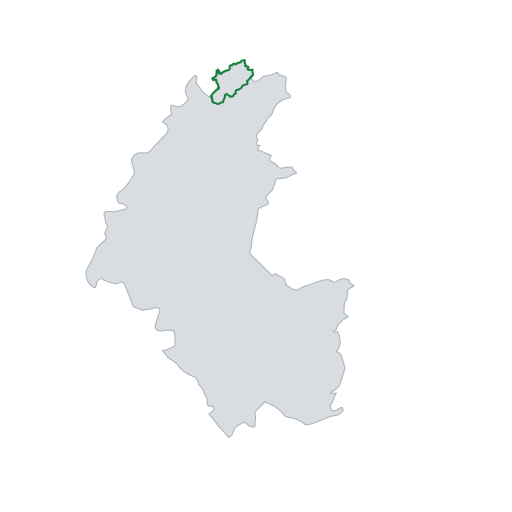 Lola, Lola, Guinea shown in context, rotated 225°
{"feature_id": "49546643B14657084308206", "entity_name": "Lola", "entity_type": "district", "adm_level": 2, "iso_a3": "GIN", "parent_name": "Guinea", "parent_adm1": "Lola", "projection": "natural_earth1", "projection_center": [-8.248, 8.016], "detail": "medium", "context": "in_parent", "style": "outline", "palette": "green", "viewbox_px": 512, "rotation_deg": 225, "n_neighbors": 0, "source": "geoboundaries", "source_scale": "gbopen_adm2", "svg_char_len": 5605}
<svg xmlns="http://www.w3.org/2000/svg" viewBox="0 0 512 512"><g transform="rotate(225 256 256)"><path d="M306.0,335.0L302.5,334.4L300.9,335.2L296.1,341.6L293.3,344.1L288.8,343.3L287.2,343.8L286.1,343.1L287.7,339.5L290.0,332.5L295.8,325.5L295.9,324.0L293.6,319.9L291.1,314.3L291.1,308.3L290.6,303.9L285.5,302.7L284.5,302.0L284.4,300.5L287.3,293.0L287.5,291.5L287.2,290.1L284.0,286.3L279.1,279.2L270.6,264.6L267.5,261.6L264.5,257.1L263.3,254.3L260.2,253.3L230.5,253.5L230.0,257.3L219.8,259.8L213.5,256.9L206.5,258.6L203.1,260.5L200.4,269.0L199.0,270.9L197.4,274.7L196.1,276.8L194.5,281.0L191.2,286.9L187.7,290.8L181.7,292.9L179.9,299.2L178.5,301.5L176.2,303.4L173.7,304.6L168.9,303.3L166.2,304.5L165.7,302.9L167.3,297.9L166.1,295.3L161.4,290.1L161.0,287.6L159.6,284.4L153.5,277.8L147.7,278.2L149.4,272.6L149.3,265.2L147.4,261.1L147.9,257.0L146.8,257.2L144.9,260.1L141.8,259.2L135.6,254.8L132.5,250.5L132.1,246.9L131.5,245.4L129.5,246.2L125.6,246.1L113.7,239.7L105.3,223.3L105.2,219.7L106.4,213.3L106.2,211.6L102.2,215.8L101.5,213.0L98.6,206.5L97.7,202.7L94.9,201.0L92.6,200.7L90.8,202.0L88.5,209.6L86.7,209.6L84.9,208.0L85.3,202.2L90.0,195.1L97.7,177.1L100.5,172.9L102.2,171.5L105.9,171.3L112.9,168.9L121.6,163.3L128.3,163.8L136.1,163.1L146.4,159.2L146.5,147.1L146.2,144.4L142.6,142.0L140.5,139.9L138.7,137.2L136.5,135.3L136.6,133.3L141.1,130.7L145.3,130.7L146.7,129.7L147.7,128.0L148.9,123.6L149.3,119.0L146.6,112.9L146.8,108.5L161.8,109.1L170.0,110.3L176.7,110.7L177.8,111.7L176.9,115.9L177.7,118.4L180.0,119.1L183.8,116.1L185.7,116.8L189.9,120.5L193.8,121.5L198.1,123.5L202.1,124.6L205.7,124.5L208.3,126.5L213.3,127.2L219.8,124.6L224.9,123.4L232.0,123.1L235.7,124.0L246.6,121.9L255.1,123.1L253.8,124.5L249.9,134.2L250.3,135.9L259.0,144.1L261.0,144.7L263.4,143.6L267.2,139.8L270.1,135.7L272.9,133.7L276.3,133.8L278.9,136.7L285.0,148.9L286.6,150.4L288.1,150.4L290.8,148.1L292.2,145.5L297.9,137.4L306.8,133.4L327.8,142.6L330.9,143.3L332.7,142.6L335.3,137.2L343.3,132.6L347.1,131.3L349.3,131.1L350.1,129.6L350.5,127.4L350.1,125.1L347.6,121.0L347.5,119.8L348.9,119.0L352.0,118.4L355.9,118.8L360.3,120.6L363.9,123.2L365.9,126.2L369.8,139.1L374.3,149.1L374.1,162.6L376.0,164.0L378.2,164.5L379.2,165.6L381.4,171.2L383.4,172.8L385.8,173.2L390.4,176.7L393.3,178.1L393.7,179.2L393.6,180.7L392.5,182.5L388.1,186.3L385.9,189.4L381.4,197.1L381.3,198.5L382.2,199.5L384.1,199.7L386.1,199.2L390.2,196.4L393.4,197.4L396.6,199.5L397.7,201.7L398.0,204.6L397.3,208.4L397.2,212.6L398.2,219.7L399.8,226.8L401.5,229.4L411.9,235.7L412.9,238.0L413.4,240.7L412.7,244.3L411.6,246.3L405.9,251.9L405.0,254.5L405.4,259.5L405.9,280.3L408.1,283.9L410.8,285.6L417.1,284.7L416.9,290.4L416.0,296.9L419.7,298.9L421.5,300.9L422.6,302.8L416.8,306.2L415.1,308.2L414.3,313.6L414.5,318.6L422.3,322.2L425.3,326.4L426.6,330.8L427.1,339.0L426.4,340.9L424.4,340.9L420.4,335.9L414.4,335.4L410.0,334.4L402.5,335.1L401.2,336.5L400.3,347.5L402.1,349.3L405.7,351.4L408.0,352.2L410.0,352.0L411.5,353.3L411.8,356.9L410.8,359.6L408.8,362.0L406.3,368.3L406.9,374.1L402.7,383.3L401.5,385.1L395.9,383.3L392.2,382.7L389.6,385.0L386.0,381.4L385.3,378.6L384.0,378.0L381.5,378.0L379.3,379.6L378.3,382.5L377.8,388.4L373.7,394.0L370.8,401.0L367.5,400.4L366.8,401.2L363.3,403.0L360.2,403.5L359.4,401.7L357.6,400.2L355.7,397.2L353.4,394.8L349.2,393.1L347.5,393.9L345.4,393.7L344.1,392.7L344.3,391.3L346.5,387.6L347.8,384.3L348.5,380.6L348.5,377.2L347.3,372.3L345.4,368.4L344.9,366.1L345.2,362.9L344.7,359.9L344.1,358.4L343.2,352.7L342.1,351.6L341.4,347.1L341.6,342.5L340.0,340.7L337.3,339.4L335.8,337.6L334.9,335.6L333.9,335.0L333.1,335.1L332.4,336.4L331.5,336.6L330.0,332.3L329.4,332.1L328.3,333.1L316.2,337.9L314.7,333.8L312.4,333.1L308.4,334.8L306.0,335.0Z" fill="#d9dde1" stroke="#a8b0b8" stroke-width="1"/><path d="M390.6,346.5L391.6,347.5L391.7,348.9L391.5,349.7L388.5,350.3L387.4,350.3L386.8,351.1L386.1,351.1L385.3,352.8L385.9,355.1L385.2,356.3L385.3,356.7L385.9,357.0L386.8,358.0L387.1,358.7L387.2,359.6L386.5,360.5L385.8,362.0L385.2,364.8L385.9,366.7L385.8,367.4L385.3,368.2L384.9,369.5L384.2,370.3L383.9,371.3L384.1,372.3L385.5,372.8L386.0,373.3L386.0,374.1L385.8,375.0L386.0,377.4L385.9,377.8L386.2,377.8L386.4,380.1L385.9,381.4L386.9,382.5L389.6,384.3L390.3,385.2L392.8,382.3L394.0,382.1L394.3,382.4L394.6,383.9L395.1,384.3L396.1,383.9L397.2,382.8L398.2,382.7L398.3,383.0L398.4,383.6L398.8,384.0L400.3,384.5L401.5,385.5L402.2,386.4L402.7,386.3L403.2,385.7L404.2,383.8L404.2,381.7L404.9,380.4L405.6,379.8L405.7,377.7L406.5,376.8L407.5,376.5L407.9,376.2L408.0,374.6L408.2,373.7L408.9,372.5L408.9,371.5L406.9,369.6L406.8,368.8L406.9,368.2L407.3,367.4L408.4,365.7L409.2,363.4L409.8,361.2L409.3,360.6L409.6,359.9L410.3,359.4L410.9,359.6L411.1,359.4L411.8,359.4L412.2,359.0L412.7,359.3L412.8,359.5L412.6,360.2L412.9,360.2L413.0,360.6L413.5,360.2L414.7,360.8L414.8,360.5L414.7,359.8L414.5,359.5L414.7,358.9L413.9,358.6L413.1,356.9L411.7,356.1L411.6,355.6L411.8,355.0L411.5,354.4L411.9,353.5L411.8,352.3L412.4,351.6L412.5,350.8L412.3,350.4L412.0,350.4L411.4,351.1L411.1,351.0L410.6,350.1L410.4,350.1L409.8,351.4L409.0,352.4L408.1,352.1L407.5,351.6L407.4,351.2L406.4,350.6L404.5,350.6L403.9,350.4L402.6,348.9L402.0,348.5L401.8,348.6L401.5,349.0L400.9,348.8L400.7,348.4L400.7,347.5L401.5,346.0L401.5,344.9L401.2,343.5L401.7,342.0L401.2,339.8L401.1,338.0L400.8,337.3L400.2,336.9L399.7,337.3L399.2,337.1L398.9,336.2L398.0,336.2L397.4,335.8L396.8,334.6L396.3,334.4L395.6,334.7L394.6,334.3L393.4,335.1L390.5,336.5L390.0,337.0L389.7,338.0L389.4,339.3L388.2,341.2L388.3,341.7L389.2,343.2L389.9,345.4L390.6,346.5Z" fill="none" stroke="#15803d" stroke-width="2"/></g></svg>